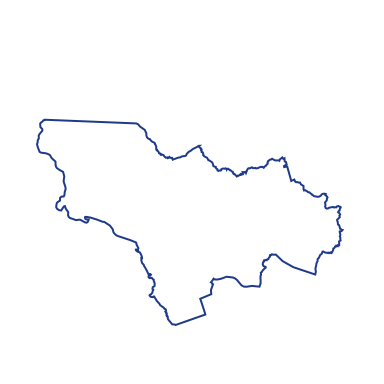 the district of Arjona, Bolívar, Colombia, rotated 67°
{"feature_id": "7082276B1318225451124", "entity_name": "Arjona", "entity_type": "district", "adm_level": 2, "iso_a3": "COL", "parent_name": "Colombia", "parent_adm1": "Bolívar", "projection": "orthographic", "projection_center": [-75.362, 10.178], "detail": "fine", "context": "isolated", "style": "outline", "palette": "blue", "viewbox_px": 384, "rotation_deg": 67, "n_neighbors": 0, "source": "geoboundaries", "source_scale": "gbopen_adm2", "svg_char_len": 6015}
<svg xmlns="http://www.w3.org/2000/svg" viewBox="0 0 384 384"><g transform="rotate(67 192 192)"><path d="M267.7,65.4L267.0,64.8L266.8,63.4L265.8,63.0L264.3,61.1L263.7,61.1L263.2,62.0L262.2,62.6L261.9,64.2L262.5,65.3L261.9,66.2L261.8,67.3L260.9,68.0L260.0,72.0L260.3,72.9L260.0,74.3L259.0,75.2L257.2,75.1L256.4,74.3L253.6,73.6L252.4,71.3L250.4,70.1L250.0,69.4L248.5,69.6L246.9,70.5L246.2,69.6L245.2,70.8L244.8,72.6L244.9,73.6L245.7,74.8L245.9,77.1L245.2,78.8L243.3,81.5L242.2,81.9L241.5,82.6L240.8,82.6L239.7,83.4L238.2,84.0L237.6,85.2L236.6,85.6L234.5,87.2L234.4,88.3L233.2,88.3L230.1,87.0L227.4,88.8L225.5,88.9L225.1,90.0L224.1,91.0L223.7,92.3L223.3,92.7L221.9,93.0L220.5,93.0L220.6,96.3L205.7,94.4L205.1,97.4L204.1,97.2L203.5,94.1L201.0,93.8L200.1,94.7L197.1,93.7L197.2,95.0L195.5,95.3L196.3,98.4L197.3,99.3L196.9,99.5L195.3,103.3L192.7,105.3L193.0,106.2L192.7,107.4L193.1,109.1L193.5,109.7L193.4,110.1L194.1,110.8L195.5,111.2L196.0,112.8L196.6,113.2L196.8,114.7L197.7,116.5L196.4,117.2L196.4,117.9L195.7,118.9L195.7,122.4L195.3,123.8L194.6,124.2L194.3,125.6L193.8,126.6L192.7,127.2L192.8,129.7L192.2,130.7L192.5,131.6L193.5,132.9L195.6,134.9L194.8,134.9L194.6,135.7L194.2,135.4L193.9,136.9L193.5,137.5L194.0,137.5L194.2,137.9L195.1,138.1L194.8,138.4L195.5,139.3L195.4,139.9L194.9,139.5L194.4,139.9L195.2,142.6L195.2,144.4L194.6,144.2L194.5,144.9L193.0,145.6L192.5,145.6L191.8,146.0L191.8,146.5L191.1,146.8L189.3,146.6L189.2,147.0L187.5,147.8L186.7,148.3L186.7,148.6L186.1,148.7L185.3,149.5L184.1,149.7L184.5,149.8L184.4,150.3L184.8,151.0L184.5,150.9L184.3,151.3L183.3,151.9L183.4,152.7L182.6,154.1L182.4,155.1L182.6,156.2L183.4,156.6L183.5,157.2L183.0,158.1L182.9,159.5L182.0,160.1L181.0,159.7L179.9,160.4L179.0,160.6L178.3,160.3L177.0,161.8L176.1,162.2L175.1,161.9L173.1,161.8L172.3,162.0L169.5,163.9L169.2,164.5L166.5,164.7L164.0,166.7L162.3,167.3L161.8,166.8L159.8,166.6L159.1,167.5L158.2,167.1L157.5,167.4L156.9,166.7L156.2,167.1L155.6,166.6L154.1,167.6L153.1,167.8L152.6,167.7L152.4,167.1L152.1,167.9L152.4,168.9L152.8,174.5L153.5,176.8L153.8,179.4L154.8,181.9L156.0,183.1L156.2,183.8L155.3,187.3L155.5,189.4L155.0,191.0L154.7,197.1L152.9,196.9L152.7,197.8L152.1,198.1L151.6,199.3L150.9,199.2L151.0,200.4L151.4,200.6L151.4,201.1L151.0,201.2L150.6,201.8L150.4,201.7L150.2,202.7L148.3,203.6L147.1,203.7L146.1,204.6L145.8,205.9L145.0,205.8L144.9,206.3L144.3,206.1L143.4,207.2L141.6,207.1L140.3,207.9L139.7,207.7L139.6,208.2L139.3,208.3L137.4,207.8L136.4,207.2L133.8,207.2L133.5,207.4L132.7,207.1L131.4,207.8L130.3,208.9L128.0,210.0L127.2,209.9L125.9,211.3L124.0,212.1L122.2,211.9L120.1,211.1L116.4,211.2L111.4,214.3L108.7,215.1L107.1,216.5L68.0,299.2L68.3,299.4L67.9,300.8L68.6,301.8L69.1,304.0L69.8,305.1L73.1,306.2L75.6,305.2L77.1,305.8L79.1,309.7L80.1,311.0L83.0,312.2L84.0,313.7L86.1,314.8L87.5,316.0L91.2,316.5L95.5,316.6L96.7,315.7L99.4,311.2L101.2,309.3L102.6,308.3L105.8,308.0L110.6,305.8L114.2,307.1L115.4,307.3L117.0,307.1L120.0,305.3L123.1,302.8L127.8,303.5L130.7,305.3L132.4,306.1L138.1,306.6L140.0,307.2L142.3,309.2L145.0,310.6L146.0,311.9L145.3,313.7L145.6,315.3L146.1,315.9L148.3,316.8L148.8,319.6L149.3,320.7L150.8,321.8L152.8,322.9L154.7,322.8L156.9,321.4L157.9,319.6L155.2,315.6L155.3,314.5L158.1,314.7L162.1,313.8L165.1,315.2L166.8,315.2L168.1,314.6L172.5,309.8L173.7,305.9L178.1,302.4L179.0,301.2L179.0,300.2L178.6,299.4L177.0,297.9L175.8,300.1L174.9,300.7L174.0,300.6L173.3,300.2L173.3,299.7L173.9,298.5L175.9,295.4L180.3,290.2L184.5,285.9L185.2,284.5L190.8,280.7L195.3,279.5L198.0,280.0L199.2,279.9L202.0,278.8L203.6,277.4L212.1,267.7L216.5,263.3L217.6,263.2L218.2,263.6L222.8,263.3L223.7,264.2L224.5,264.4L224.3,264.6L224.3,265.5L223.9,265.9L222.2,266.0L223.4,266.3L224.7,266.0L225.7,265.4L227.2,263.6L230.0,263.3L232.4,263.5L232.7,264.2L233.2,263.8L233.8,264.0L234.0,264.8L234.8,265.3L237.9,265.7L240.0,264.9L241.4,265.0L245.5,264.4L250.5,264.2L251.0,262.7L252.0,262.1L252.6,262.9L252.1,264.5L253.1,265.2L254.3,265.0L254.8,264.5L254.8,263.7L255.4,262.9L255.4,262.6L256.8,262.2L257.7,261.5L258.8,262.0L259.7,261.8L260.4,262.1L261.4,262.0L263.9,263.2L264.3,265.3L265.8,266.3L266.9,265.8L267.9,267.0L268.9,267.6L269.5,268.3L270.2,269.7L270.1,270.5L270.4,271.4L270.9,271.5L272.3,271.0L273.5,269.1L273.2,267.9L273.3,267.7L278.6,266.9L282.0,265.7L283.8,265.5L287.5,263.2L288.6,263.1L289.6,262.1L290.8,262.1L291.6,263.2L292.0,262.9L292.6,263.1L292.8,262.8L293.3,263.1L293.9,262.7L295.1,263.5L295.7,263.2L295.9,263.6L296.6,263.7L297.2,263.1L297.8,263.2L299.0,263.7L300.1,263.7L306.1,261.9L307.4,259.4L308.0,259.1L310.0,227.6L307.9,227.3L293.5,226.1L293.6,214.2L289.7,212.9L285.1,208.7L284.5,209.3L283.2,209.3L282.5,209.8L281.3,207.5L280.2,206.0L281.3,205.3L282.4,203.1L283.2,199.3L283.5,193.3L286.7,187.7L288.3,186.2L290.2,185.1L297.3,182.9L299.3,181.3L300.5,178.9L301.9,173.4L305.5,166.9L302.8,164.5L299.5,163.1L298.4,162.8L296.0,161.7L295.2,160.8L293.2,160.2L292.7,158.6L291.9,157.8L291.0,155.6L290.4,153.7L289.6,153.5L288.6,154.8L287.9,155.2L286.5,155.2L284.9,154.4L283.8,153.1L284.0,152.7L283.1,152.2L283.5,151.2L283.3,151.0L283.7,150.5L283.6,149.9L283.9,149.7L283.4,148.9L283.6,148.0L282.4,146.8L282.3,146.1L281.4,145.0L280.7,145.0L280.5,144.5L281.0,143.4L280.6,142.8L281.7,141.2L282.3,139.3L291.0,135.6L300.9,128.0L316.1,110.8L313.7,109.1L310.9,108.4L309.9,107.8L308.4,106.5L306.7,105.6L305.1,104.0L304.9,103.6L302.6,102.3L302.2,100.9L300.1,98.7L299.6,96.8L297.9,95.2L298.0,94.5L299.8,93.1L300.9,91.0L301.4,90.6L301.2,89.9L301.9,89.3L301.8,87.9L302.6,87.8L302.8,87.5L301.3,85.5L300.0,84.3L299.2,84.0L299.2,83.1L298.6,81.9L298.1,81.6L298.2,80.9L297.9,80.5L298.5,80.1L297.9,79.1L298.6,78.8L298.3,78.5L298.6,78.0L298.2,77.8L298.3,77.2L294.9,75.9L294.7,74.2L292.9,73.8L292.3,73.3L290.6,73.3L289.8,72.4L289.0,72.1L286.3,71.6L286.0,71.4L286.4,70.5L286.3,69.2L285.8,68.3L285.1,69.2L284.1,69.5L283.6,70.0L280.7,69.6L279.7,69.7L279.3,70.2L278.8,70.3L276.4,69.5L275.2,69.6L274.3,69.3L272.9,65.8L271.4,65.6L270.6,64.4L269.2,64.6L267.7,65.4Z" fill="none" stroke="#1e3a8a" stroke-width="2"/></g></svg>